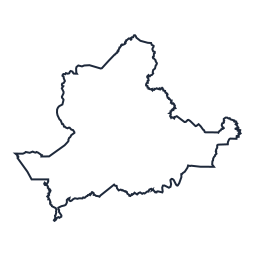 Colimes, Guayas, Ecuador
{"feature_id": "8360857B84939424323345", "entity_name": "Colimes", "entity_type": "district", "adm_level": 2, "iso_a3": "ECU", "parent_name": "Ecuador", "parent_adm1": "Guayas", "projection": "albers", "projection_center": [-80.099, -1.522], "detail": "fine", "context": "isolated", "style": "outline", "palette": "slate", "viewbox_px": 256, "rotation_deg": 0, "n_neighbors": 0, "source": "geoboundaries", "source_scale": "gbopen_adm2", "svg_char_len": 5790}
<svg xmlns="http://www.w3.org/2000/svg" viewBox="0 0 256 256"><path d="M100.7,68.5L89.5,65.2L84.2,65.5L82.0,66.4L78.3,65.5L76.5,67.0L76.1,68.5L76.3,72.7L76.9,73.7L73.8,73.6L73.1,72.9L72.5,71.6L70.7,71.0L69.9,71.7L69.2,73.3L67.7,73.7L65.9,73.1L65.3,74.2L63.4,74.0L62.5,75.2L62.5,75.9L63.6,76.6L63.8,78.4L64.9,81.0L63.7,83.0L62.2,83.6L61.9,84.5L62.1,85.7L63.3,86.2L61.8,88.3L63.6,91.9L63.5,93.4L61.9,96.7L62.0,97.6L63.5,99.5L63.4,100.5L62.4,104.5L59.3,106.1L58.0,107.5L57.1,109.5L57.0,112.6L57.5,115.2L59.5,119.4L60.7,120.4L62.1,124.0L62.8,123.9L63.4,124.7L64.0,126.6L64.8,126.6L65.5,127.4L67.5,128.3L68.9,127.6L69.6,127.7L71.3,129.6L73.1,130.1L74.4,132.2L74.4,132.9L71.3,135.1L70.2,137.2L69.2,137.8L68.4,139.7L68.5,140.8L67.7,142.0L64.6,145.3L49.1,156.4L41.5,156.5L41.8,155.4L41.2,155.5L40.9,154.6L38.0,152.6L36.5,152.0L35.7,152.6L34.5,152.4L32.7,151.6L29.7,152.8L25.7,152.0L24.7,152.9L22.8,153.7L15.4,153.6L17.5,155.4L17.4,155.8L17.8,156.1L17.4,156.3L17.6,157.0L18.1,157.4L17.6,158.1L27.4,171.7L31.6,179.4L48.2,179.4L48.2,181.5L47.3,183.4L46.8,183.8L46.0,183.8L44.7,182.7L44.2,183.8L44.8,184.9L47.0,185.3L47.9,186.4L47.8,187.9L48.8,188.5L48.8,189.3L49.8,189.3L50.0,189.7L49.7,190.1L50.5,190.5L50.2,191.6L49.4,191.5L49.4,192.9L48.8,193.2L49.2,193.4L49.1,193.9L48.7,193.9L49.1,195.1L48.4,196.1L48.1,196.0L47.7,196.6L47.5,196.2L47.3,196.5L47.9,196.8L48.7,198.1L48.4,199.2L49.2,199.1L49.6,199.8L50.5,202.3L50.1,202.6L50.1,203.7L50.5,203.8L50.8,204.8L51.7,205.2L51.9,206.2L55.7,208.1L56.4,209.9L56.0,211.5L56.3,212.2L56.0,213.5L55.6,215.1L55.0,215.6L55.3,218.3L53.9,220.2L54.4,220.8L55.6,220.1L57.1,217.7L58.6,217.1L59.3,217.8L61.3,216.7L61.4,215.4L59.0,211.9L59.1,210.0L58.4,209.0L58.3,207.7L61.4,206.2L64.7,205.4L65.8,204.7L66.9,202.5L66.8,200.0L68.0,198.7L69.5,198.0L69.1,200.0L69.5,200.7L70.6,201.1L71.9,200.4L73.1,199.2L74.9,198.3L77.5,198.8L79.1,198.3L82.5,198.4L83.2,197.4L84.7,197.8L86.6,196.1L87.4,196.0L88.0,195.0L89.6,194.7L90.1,195.1L90.8,194.2L90.4,193.7L91.5,193.3L91.8,192.4L92.3,192.6L92.6,192.3L93.8,193.3L93.7,194.9L94.9,195.0L96.1,195.9L98.4,196.2L99.5,196.7L100.3,195.6L114.1,184.6L115.2,185.8L116.6,185.9L117.0,188.2L118.7,190.4L120.8,189.6L121.9,190.4L122.6,190.5L122.8,190.2L124.0,191.0L125.1,191.2L125.3,191.6L125.8,191.3L126.5,192.1L126.9,192.1L127.3,193.6L129.1,194.9L129.3,195.8L130.4,196.0L130.9,195.2L131.9,195.0L131.9,194.1L133.4,194.1L134.5,192.7L136.8,194.3L137.3,194.0L137.5,194.2L138.4,193.1L140.1,192.4L142.2,193.8L143.3,193.1L144.6,193.5L147.4,191.4L148.5,191.6L149.3,189.6L151.2,188.8L152.0,189.8L152.3,189.6L152.0,190.3L153.1,189.7L155.1,192.3L155.7,192.4L156.0,192.0L156.6,192.3L157.0,191.6L157.9,191.3L162.3,192.4L162.7,191.4L162.2,187.7L162.9,185.6L164.5,185.5L168.9,187.7L170.5,186.8L171.1,184.2L170.4,180.1L171.5,178.9L172.5,179.0L173.7,180.0L176.1,184.7L177.2,185.6L177.8,185.4L179.2,183.2L181.4,177.1L181.3,174.1L182.2,173.9L182.6,173.2L184.8,171.7L187.5,167.6L188.1,165.5L190.2,166.0L191.1,165.7L200.1,166.7L213.9,166.8L212.2,164.5L212.4,161.2L213.0,160.5L213.2,158.5L214.1,156.8L215.1,155.8L215.1,155.0L216.5,153.7L216.0,152.5L216.2,151.4L215.8,151.2L216.2,149.4L217.2,147.7L217.2,145.3L218.0,144.7L219.3,144.6L227.8,144.3L227.9,142.1L229.1,139.4L230.2,138.6L236.5,138.8L236.7,136.0L237.4,135.8L237.4,136.6L237.8,136.9L238.7,136.8L238.6,134.8L240.6,133.4L240.2,132.8L238.9,132.8L239.8,131.4L238.6,131.0L239.1,130.6L240.0,130.7L240.2,130.1L238.3,129.3L237.2,129.7L236.5,129.0L234.8,128.9L238.2,127.5L236.7,125.1L235.6,124.3L235.8,124.0L236.9,124.1L237.3,123.6L236.3,122.6L236.2,121.6L235.3,121.6L234.7,120.8L234.2,121.4L233.4,120.2L230.3,119.3L229.7,118.2L228.5,118.5L227.2,117.6L225.6,117.6L223.8,118.9L223.8,120.4L224.2,120.8L223.6,121.9L223.9,122.5L223.5,123.0L222.2,123.4L221.7,125.1L222.5,127.1L223.5,127.5L223.8,128.1L222.6,129.0L221.4,129.1L220.7,130.4L219.6,130.8L218.3,132.7L217.8,132.4L205.2,132.3L204.7,132.0L204.1,130.3L203.2,129.8L200.7,126.3L198.6,124.2L196.4,125.9L195.5,126.1L190.2,121.0L188.5,119.9L187.7,120.0L185.8,121.9L184.5,122.0L176.8,116.2L174.8,117.1L174.2,118.5L173.6,118.1L173.6,117.5L173.1,117.8L171.7,117.1L171.1,117.8L170.1,116.0L170.8,114.8L170.6,113.4L169.7,113.2L170.8,112.5L170.5,111.3L171.6,110.9L171.7,110.1L172.4,110.1L172.5,109.6L173.1,109.8L173.0,109.2L173.6,109.2L173.7,108.5L175.4,108.2L174.9,107.3L174.3,107.0L174.9,105.8L174.1,104.9L174.3,104.5L174.0,104.0L173.3,103.3L172.2,103.8L171.9,103.1L170.9,102.8L171.0,102.3L171.5,102.5L171.6,100.6L170.9,100.7L169.9,99.2L168.9,99.0L168.7,97.9L167.7,97.8L166.9,95.1L167.3,94.8L167.0,94.6L167.2,93.6L165.7,92.8L165.8,92.5L164.9,91.6L165.0,90.9L163.3,90.5L163.2,89.3L162.4,88.9L162.5,88.1L162.1,87.8L160.3,89.5L159.1,89.2L159.2,88.5L158.1,89.0L156.7,88.3L155.7,88.9L154.4,88.8L154.2,89.8L152.6,89.9L152.4,90.4L151.5,89.5L151.7,89.0L150.3,89.3L148.6,88.7L148.9,88.1L148.1,87.4L147.5,87.4L147.4,85.9L146.2,85.6L146.0,85.0L146.4,83.5L147.0,82.9L147.7,82.8L147.4,82.2L147.8,81.9L147.7,80.8L148.6,80.4L148.3,78.5L147.3,77.4L147.2,76.4L148.4,75.2L149.1,76.4L149.9,76.3L150.3,75.4L151.8,75.0L153.2,73.4L152.7,72.3L153.2,70.0L155.0,68.5L155.7,65.5L156.5,64.6L156.9,63.2L155.7,61.4L155.6,60.3L153.8,58.4L153.2,58.3L152.8,57.2L153.0,56.7L153.8,56.3L153.9,53.7L154.8,53.0L154.7,51.8L153.2,51.4L152.4,49.4L152.5,48.5L153.6,46.7L153.6,45.8L151.7,44.8L151.1,43.0L147.8,42.8L140.4,40.8L136.4,37.7L135.8,36.2L134.9,35.2L133.9,35.4L133.2,37.2L131.8,37.3L131.1,37.9L131.5,39.1L131.2,39.6L130.8,39.7L130.0,38.4L129.1,38.7L128.7,38.5L126.9,40.1L126.3,40.2L126.1,41.3L125.6,41.3L125.0,42.4L125.0,43.1L125.4,43.3L124.8,44.0L122.7,44.9L122.1,44.5L121.5,45.4L121.0,45.4L121.0,46.0L119.7,47.8L119.4,47.7L118.7,49.9L118.1,50.3L118.4,51.1L117.9,51.7L117.3,51.7L117.2,52.7L115.6,53.6L115.3,54.4L114.5,54.7L109.1,60.3L101.9,68.2L100.7,68.5Z" fill="none" stroke="#1e293b" stroke-width="2"/></svg>